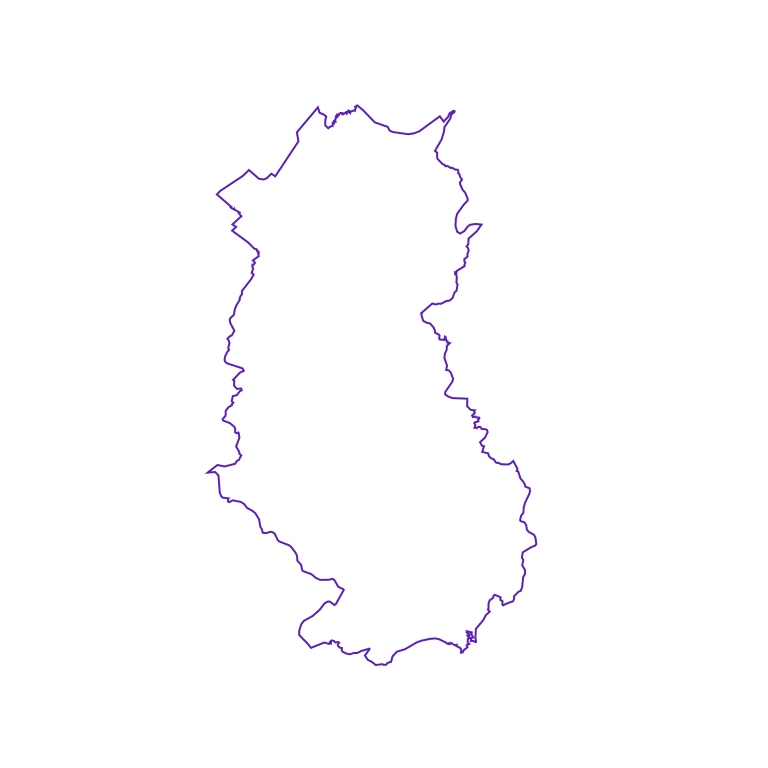 Baia Mare, Maramures, Romania (Robinson projection), rotated 147°
{"feature_id": "2599482B84718218720770", "entity_name": "Baia Mare", "entity_type": "district", "adm_level": 2, "iso_a3": "ROU", "parent_name": "Romania", "parent_adm1": "Maramures", "projection": "robinson", "projection_center": [23.589, 47.741], "detail": "fine", "context": "isolated", "style": "outline", "palette": "violet", "viewbox_px": 768, "rotation_deg": 147, "n_neighbors": 0, "source": "geoboundaries", "source_scale": "gbopen_adm2", "svg_char_len": 6166}
<svg xmlns="http://www.w3.org/2000/svg" viewBox="0 0 768 768"><g transform="rotate(147 384 384)"><path d="M420.9,634.0L415.6,615.7L416.4,615.6L415.9,614.0L414.9,612.4L414.2,612.7L414.4,611.8L411.7,606.4L412.8,606.2L412.2,602.4L424.2,600.4L422.5,596.3L427.9,595.3L420.9,576.8L419.0,568.0L417.5,566.5L418.0,564.5L417.1,563.7L417.8,561.9L418.4,562.2L419.4,559.5L426.7,559.0L426.1,556.0L428.4,555.0L429.3,555.8L430.4,554.4L430.7,552.3L434.5,549.2L433.7,546.9L434.1,546.5L438.1,544.4L452.6,539.3L454.2,536.6L456.2,536.0L458.6,534.3L458.8,533.4L465.2,530.2L468.4,527.9L472.2,523.8L477.5,522.8L478.4,521.9L479.7,518.8L480.5,510.1L485.3,507.6L487.3,508.0L490.7,507.3L490.5,505.6L491.3,502.5L495.0,499.1L495.4,496.9L497.8,496.3L502.1,493.8L504.6,491.0L505.1,489.1L504.3,486.7L494.2,474.2L494.4,471.4L498.8,472.0L508.3,469.6L507.7,468.5L510.6,464.3L510.3,461.7L510.0,460.0L506.3,458.0L506.8,456.2L508.8,456.5L513.5,454.8L517.4,456.2L521.1,452.5L520.5,450.4L522.7,449.8L522.9,449.1L527.0,449.2L531.3,447.8L534.1,443.7L538.5,442.4L538.7,440.8L534.6,435.2L532.9,430.0L533.0,427.9L535.1,424.6L534.6,423.1L532.6,422.7L532.6,421.9L534.6,417.6L542.0,412.2L542.4,405.7L543.3,404.3L542.6,401.9L547.0,399.4L549.1,399.6L552.4,398.2L562.7,401.7L567.8,406.8L580.1,405.7L573.5,402.1L572.7,397.3L580.9,382.4L581.6,378.7L581.3,376.7L576.6,372.7L578.1,371.7L578.8,370.3L578.1,369.2L574.2,368.8L568.2,363.0L566.6,359.0L566.4,354.7L563.6,349.7L562.3,345.8L562.5,338.5L565.5,331.5L565.6,328.4L566.7,325.3L564.0,323.1L560.0,322.0L558.3,320.6L557.2,317.9L558.1,310.9L557.7,309.1L551.4,300.4L550.5,297.2L550.1,290.1L550.6,287.1L552.9,283.0L552.0,277.5L553.9,272.5L553.8,271.2L548.4,264.0L546.7,258.3L544.1,254.4L537.1,250.0L533.2,248.5L532.4,246.5L532.8,238.8L530.0,234.2L529.9,233.2L544.3,225.6L545.9,225.6L548.1,231.3L550.0,232.2L553.2,232.4L561.1,229.6L570.4,228.3L580.2,229.0L584.2,227.6L589.2,223.5L591.8,219.7L589.3,206.8L589.0,202.5L574.9,199.7L571.8,196.1L571.2,196.3L570.0,195.1L569.3,196.0L569.6,197.1L567.8,197.6L566.0,195.8L565.6,193.7L563.1,192.7L562.5,191.6L564.9,190.4L565.3,189.1L564.4,186.7L563.1,185.4L564.5,183.7L564.5,181.9L561.8,177.7L559.8,175.9L556.0,174.9L552.7,172.9L548.5,172.5L540.4,170.0L540.5,169.5L547.9,166.7L547.8,161.5L545.5,157.5L544.0,152.8L537.9,149.9L537.2,148.6L535.2,147.4L532.9,148.1L529.4,147.1L525.2,150.9L519.1,152.5L510.6,150.1L497.5,149.5L492.0,148.2L484.3,145.2L479.7,142.8L476.9,140.1L473.1,133.8L472.4,131.7L471.0,131.4L471.3,130.7L470.4,129.9L468.9,130.5L467.0,126.5L465.2,125.7L466.1,125.1L463.7,120.6L464.7,117.7L465.8,116.8L464.3,116.0L461.8,117.4L457.4,117.7L456.9,119.9L454.1,119.6L454.8,121.3L452.6,124.5L451.5,124.3L450.0,125.8L451.0,126.0L451.1,127.7L449.1,127.6L449.9,130.9L449.5,131.2L448.9,129.3L447.7,129.4L447.9,130.2L445.7,127.9L446.7,127.5L447.3,122.9L449.8,123.7L449.9,122.4L451.2,121.1L449.0,119.8L448.0,117.8L447.1,117.7L445.6,121.4L440.2,128.6L428.9,132.1L424.8,134.6L419.3,135.5L419.7,138.3L418.6,138.8L416.1,142.7L413.3,145.0L408.8,145.3L407.4,146.8L405.9,146.9L402.4,141.7L404.0,139.7L402.9,137.3L404.9,134.4L404.6,133.4L401.3,133.2L394.2,131.5L392.1,132.8L390.4,135.2L384.4,136.5L381.9,136.1L378.7,138.4L372.6,146.1L369.0,148.1L367.0,151.4L366.9,156.6L363.0,160.5L363.0,163.1L359.4,167.2L349.9,167.0L345.1,166.1L343.4,166.9L340.7,172.6L340.3,175.8L343.2,181.2L343.5,184.1L341.7,187.8L341.5,191.3L344.1,194.7L343.9,195.8L340.7,198.9L337.3,200.0L334.0,204.4L330.5,207.5L321.7,212.9L319.6,215.0L318.7,217.2L321.4,221.0L320.7,222.4L320.4,226.0L321.0,230.5L319.1,237.5L320.1,238.7L318.5,239.8L318.2,241.0L317.5,249.0L321.0,248.5L323.9,249.0L329.8,253.2L330.6,255.3L332.5,256.5L333.0,257.7L332.9,261.0L334.6,263.4L335.3,266.3L334.4,269.1L338.6,273.5L334.0,277.4L335.5,279.1L335.1,282.9L328.5,284.0L323.3,287.2L322.7,289.4L323.6,290.9L326.4,292.9L326.7,295.6L328.2,296.6L330.1,296.4L330.7,297.5L331.9,298.0L329.6,300.0L329.6,302.1L328.3,302.3L325.2,301.2L324.8,302.6L322.6,303.4L322.6,304.1L324.8,305.7L325.4,307.3L327.4,307.6L327.3,309.6L323.5,310.3L323.4,312.3L322.3,312.5L325.4,315.2L326.4,320.0L322.1,326.3L334.4,335.0L337.1,338.8L338.4,342.0L337.1,343.9L325.5,348.7L323.3,350.5L321.8,356.8L322.2,360.1L324.2,361.9L321.1,365.1L319.1,373.1L316.2,376.4L312.9,378.5L310.4,381.8L306.6,382.4L308.3,384.3L307.5,385.1L308.0,386.4L306.8,389.7L307.1,390.5L309.4,388.1L313.0,391.0L312.9,392.2L311.1,394.2L311.2,395.8L313.2,399.0L312.2,401.0L311.6,404.6L312.5,409.9L314.5,411.6L316.7,415.6L315.2,421.1L314.3,422.1L314.4,423.1L299.7,425.2L296.8,422.2L294.8,421.9L292.4,420.2L286.3,419.6L283.6,418.2L279.9,418.7L274.7,422.5L272.4,422.7L268.1,427.4L268.0,429.6L264.7,434.0L264.0,436.2L264.6,437.3L263.6,438.9L262.9,437.6L261.4,439.2L252.2,439.0L251.4,440.4L249.8,441.4L249.9,442.6L248.7,445.0L244.4,445.4L243.4,447.5L240.2,449.9L239.4,452.8L239.8,454.3L237.2,455.3L233.9,459.9L223.1,461.5L215.4,464.6L220.4,468.6L225.3,470.7L228.3,470.4L233.0,468.6L238.1,468.6L239.7,471.8L238.0,477.6L233.8,483.3L230.1,486.8L219.6,490.9L213.9,492.3L212.9,493.8L211.7,500.3L212.3,504.1L211.4,509.8L210.7,511.6L207.2,513.0L207.4,515.7L206.5,519.0L207.0,520.4L205.9,521.6L205.4,523.5L207.5,525.0L208.9,528.0L210.3,528.7L211.9,532.1L213.9,533.2L213.7,534.4L215.2,536.8L216.5,543.5L215.8,545.6L213.4,549.0L214.3,551.7L202.4,557.8L195.8,563.4L193.6,566.4L183.8,570.5L180.8,573.4L177.1,573.6L176.2,574.3L177.0,575.3L181.7,575.3L184.8,573.1L191.0,571.6L191.4,578.1L216.8,576.7L222.4,577.9L227.7,580.3L239.2,590.4L241.2,593.3L240.9,597.7L249.2,608.4L252.4,624.8L254.6,632.2L257.3,632.2L257.4,631.5L256.2,631.0L257.5,630.9L259.6,629.0L260.0,629.8L263.8,630.6L264.8,629.6L265.4,631.0L263.9,631.2L264.9,632.7L268.0,631.1L267.8,632.7L270.2,632.5L270.8,633.2L271.6,632.5L272.2,633.0L271.8,634.2L272.7,634.9L274.3,635.1L275.2,634.2L276.5,635.4L276.9,634.5L277.5,635.1L278.6,634.6L277.8,633.4L280.2,633.0L280.9,631.9L282.5,631.9L282.0,630.4L283.3,630.8L284.0,629.8L284.8,630.9L286.5,628.4L289.5,629.2L291.5,628.8L292.4,633.0L289.4,637.4L286.8,639.7L287.6,642.5L290.3,646.6L288.8,652.0L320.0,642.5L323.6,634.1L362.1,617.4L363.9,621.7L370.3,620.4L373.8,621.2L377.2,624.5L380.7,637.0L389.1,635.4L416.5,635.1L420.9,634.0Z" fill="none" stroke="#5b21b6" stroke-width="2"/></g></svg>